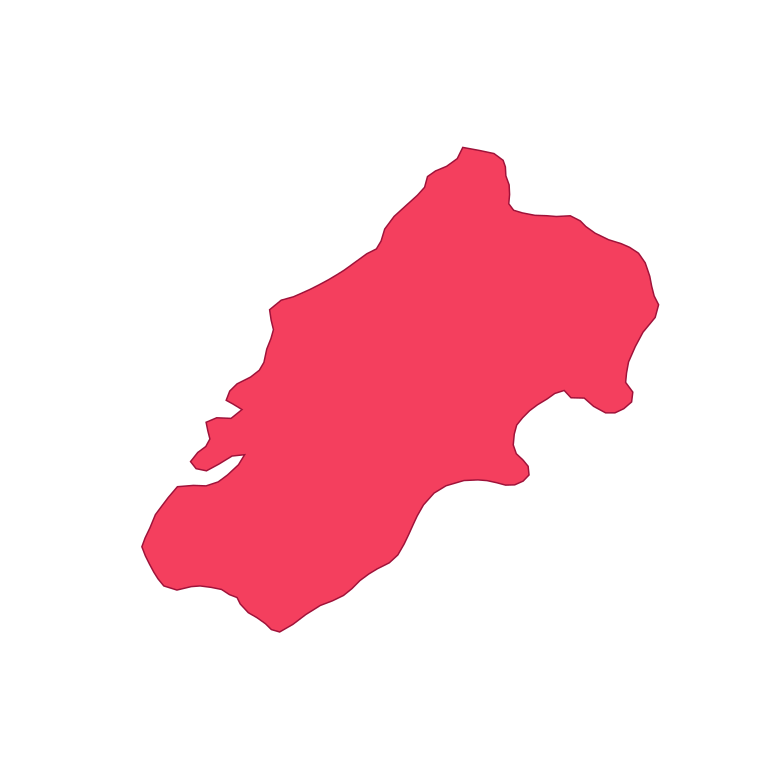 Mvita, Kenya (Equal Earth projection), rotated 66°
{"feature_id": "3690345B40484627971500", "entity_name": "Mvita", "entity_type": "district", "adm_level": 2, "iso_a3": "KEN", "parent_name": "Kenya", "parent_adm1": "", "projection": "equal_earth", "projection_center": [39.663, -4.052], "detail": "fine", "context": "isolated", "style": "filled", "palette": "rose", "viewbox_px": 768, "rotation_deg": 66, "n_neighbors": 0, "source": "geoboundaries", "source_scale": "gbopen_adm2", "svg_char_len": 2049}
<svg xmlns="http://www.w3.org/2000/svg" viewBox="0 0 768 768"><g transform="rotate(66 384 384)"><path d="M199.9,215.8L207.9,225.4L210.6,238.3L210.3,250.3L212.2,259.9L220.8,266.9L225.2,276.8L229.6,290.3L235.0,306.6L242.7,320.3L252.2,328.5L257.5,336.0L258.0,346.7L260.7,359.4L263.8,374.0L265.1,383.2L266.2,392.5L267.0,403.2L267.5,413.4L267.5,431.2L265.6,443.8L269.6,458.3L279.6,461.1L289.4,462.9L296.5,468.8L304.4,476.9L315.4,484.9L320.7,492.3L323.4,503.1L324.1,518.2L327.7,527.8L334.7,534.8L340.6,530.3L349.6,524.1L353.2,537.7L346.8,550.6L346.6,562.1L355.2,564.0L363.4,565.4L368.6,572.2L370.8,582.0L376.2,592.3L384.9,590.1L391.1,581.5L390.0,567.3L388.0,552.1L391.9,540.1L398.6,549.8L403.5,564.1L406.0,575.3L404.7,588.0L399.1,599.4L393.8,614.5L399.9,627.2L405.2,636.8L410.3,645.9L420.1,656.2L427.4,664.8L434.2,671.4L444.0,671.9L453.1,671.5L462.4,670.8L470.1,669.7L478.9,667.3L488.0,657.0L490.7,642.5L493.7,634.1L499.5,624.6L505.6,616.0L513.5,610.9L519.3,605.1L526.5,604.8L537.7,601.0L545.8,595.1L554.8,589.8L562.5,586.8L568.1,580.2L566.5,564.9L562.8,549.2L560.4,532.3L561.1,519.3L560.7,507.0L557.9,496.5L553.8,486.0L551.4,475.3L550.1,465.2L549.5,451.9L545.8,440.9L538.3,430.6L531.4,422.5L523.9,414.1L518.0,407.3L510.5,397.1L504.0,382.6L502.2,368.7L504.7,350.2L509.8,337.2L514.2,329.1L520.1,321.1L525.8,314.1L529.3,305.6L529.3,296.4L526.1,288.5L517.8,285.8L510.1,287.9L501.5,291.5L492.2,290.7L482.8,285.4L475.5,279.5L471.2,271.1L467.6,261.8L465.4,252.2L464.0,241.1L462.1,231.8L463.2,222.0L472.6,218.8L478.3,206.8L489.7,201.6L500.5,193.3L504.3,184.7L504.1,175.0L501.1,165.1L492.6,160.0L480.8,162.6L472.5,157.9L463.3,151.6L452.1,139.3L442.0,126.3L433.5,109.2L423.3,100.9L413.4,101.4L403.5,99.7L393.7,97.4L386.4,96.7L379.5,96.1L368.0,98.3L359.1,104.0L352.4,110.1L343.5,120.2L332.1,129.8L322.2,135.6L314.9,138.3L306.1,145.4L301.1,158.4L296.3,167.2L291.3,177.5L283.9,188.1L278.0,194.9L270.1,196.7L262.0,192.2L253.0,188.7L243.4,188.0L235.0,184.8L228.1,184.2L218.2,189.8L209.7,201.5L199.9,215.8Z" fill="#f43f5e" stroke="#9f1239" stroke-width="1.5"/></g></svg>